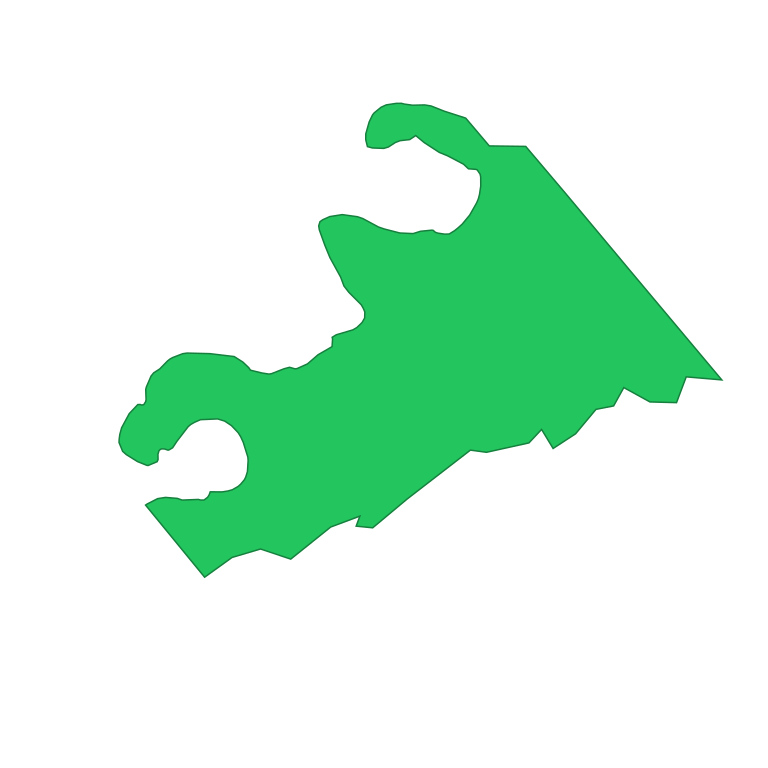 outline of East Carroll, Louisiana, United States of America, rotated 230°
{"feature_id": "52423323B62370676746754", "entity_name": "East Carroll", "entity_type": "district", "adm_level": 2, "iso_a3": "USA", "parent_name": "United States of America", "parent_adm1": "Louisiana", "projection": "mercator", "projection_center": [-91.146, 32.771], "detail": "fine", "context": "isolated", "style": "filled", "palette": "green", "viewbox_px": 768, "rotation_deg": 230, "n_neighbors": 0, "source": "geoboundaries", "source_scale": "gbopen_adm2", "svg_char_len": 2439}
<svg xmlns="http://www.w3.org/2000/svg" viewBox="0 0 768 768"><g transform="rotate(230 384 384)"><path d="M535.1,617.5L535.5,617.3L554.3,605.5L559.9,602.5L566.7,598.8L571.6,594.6L579.2,585.1L585.5,579.4L587.8,577.8L591.1,573.8L596.4,565.1L597.9,559.6L598.0,550.8L597.5,548.2L594.3,541.1L587.3,530.8L582.8,527.0L576.5,523.9L572.3,526.8L564.6,535.3L562.7,539.7L561.7,547.9L560.0,552.8L554.7,560.8L553.9,568.0L543.0,570.0L525.9,575.2L518.1,579.3L501.3,586.2L494.6,587.0L489.1,592.6L487.9,593.0L483.0,592.5L480.4,591.1L473.4,585.3L467.9,579.1L465.2,575.3L463.2,571.4L458.3,558.2L456.2,546.7L456.0,541.0L456.1,536.6L457.0,530.4L457.6,529.6L459.8,526.8L464.9,522.3L467.1,520.9L470.2,520.4L471.2,519.4L477.5,510.2L480.5,503.0L489.5,493.2L502.5,483.9L507.8,480.7L524.4,474.1L529.2,471.2L540.6,460.9L547.1,450.1L549.2,442.7L549.5,439.3L547.1,435.6L543.6,433.5L528.1,427.8L515.5,423.8L493.8,419.5L484.8,416.3L476.8,416.0L459.3,417.5L455.4,416.8L451.5,415.6L447.0,411.6L445.2,406.8L444.7,399.5L445.5,394.9L452.4,379.1L453.1,374.3L451.5,373.5L446.0,368.2L448.8,352.3L448.6,338.3L451.7,327.3L452.8,325.6L457.5,322.4L459.9,317.3L464.3,304.3L465.6,302.2L471.0,297.5L480.4,290.6L483.4,290.9L491.5,290.0L501.3,286.9L519.2,270.1L534.3,253.0L536.6,249.3L540.1,239.1L540.7,236.1L540.7,235.9L540.8,233.1L539.7,221.8L540.6,214.8L539.8,210.6L534.4,199.9L532.9,197.9L525.1,191.8L523.7,190.1L522.6,186.6L523.7,184.8L525.0,184.1L526.5,182.2L525.1,169.9L519.1,154.8L515.2,149.2L512.0,145.7L509.5,143.4L500.4,140.5L495.6,141.2L483.0,145.3L474.2,150.0L473.2,150.9L470.3,160.3L471.3,162.3L475.5,165.7L477.5,168.7L477.7,170.5L477.2,172.0L475.3,174.1L472.2,176.0L471.7,176.9L471.0,181.1L473.2,188.5L477.2,206.6L477.2,210.1L476.4,214.4L474.6,220.5L464.2,234.1L458.0,238.1L450.2,240.4L440.5,241.0L435.7,240.3L429.8,238.7L415.5,232.7L412.7,230.7L404.7,223.1L401.6,218.3L400.4,215.5L399.4,209.8L399.3,206.3L400.5,199.8L402.4,195.6L405.5,190.5L413.1,181.6L411.4,178.6L410.6,176.0L410.8,171.6L412.9,169.0L414.9,167.6L424.8,154.8L429.3,152.1L437.6,143.7L441.7,136.9L444.3,125.6L444.5,123.5L351.3,122.4L348.8,156.1L337.0,183.3L309.8,200.0L308.7,251.2L298.3,280.6L293.0,271.3L281.1,282.9L281.0,328.0L277.8,407.7L265.8,418.6L245.7,457.2L247.9,475.5L225.9,472.1L222.7,498.8L228.3,530.1L219.6,545.8L227.1,565.4L199.3,576.2L181.7,596.1L195.2,620.1L170.0,645.4L312.1,645.4L412.4,645.6L474.9,645.3L498.7,617.7L535.1,617.5Z" fill="#22c55e" stroke="#15803d" stroke-width="1.5"/></g></svg>